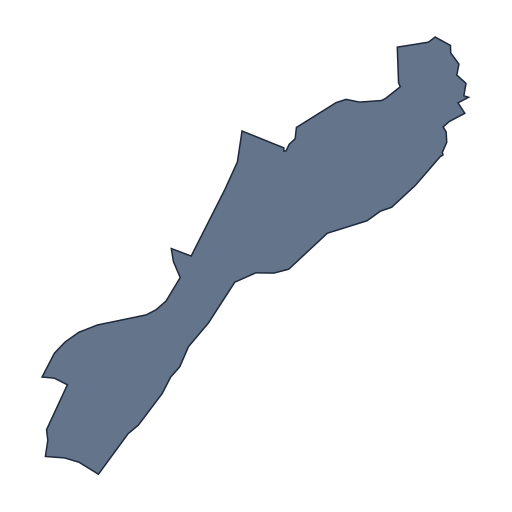 outline of Stillorgan Lea-6, Dún Laoghaire–Rathdown, Ireland, rotated 88°
{"feature_id": "5873133B81162286200234", "entity_name": "Stillorgan Lea-6", "entity_type": "district", "adm_level": 2, "iso_a3": "IRL", "parent_name": "Ireland", "parent_adm1": "Dún Laoghaire–Rathdown", "projection": "albers", "projection_center": [-6.206, 53.285], "detail": "fine", "context": "isolated", "style": "filled", "palette": "slate", "viewbox_px": 512, "rotation_deg": 88, "n_neighbors": 0, "source": "geoboundaries", "source_scale": "gbopen_adm2", "svg_char_len": 1005}
<svg xmlns="http://www.w3.org/2000/svg" viewBox="0 0 512 512"><g transform="rotate(88 256 256)"><path d="M187.9,284.5L253.8,320.8L245.6,340.4L258.8,338.7L274.9,332.5L297.9,347.5L306.3,357.9L311.0,367.8L319.4,416.9L326.0,435.7L335.3,449.8L346.0,460.8L369.5,474.0L371.0,462.0L378.1,449.0L422.3,471.4L432.9,470.5L449.0,473.5L451.1,454.5L455.9,440.2L468.6,421.1L429.2,390.1L420.8,379.4L390.1,354.5L374.0,345.5L364.1,336.1L344.2,326.6L321.2,305.8L281.4,278.1L272.8,256.8L273.7,238.7L270.3,223.7L235.7,183.9L224.7,143.9L215.6,130.2L212.0,118.7L191.0,94.3L163.2,68.5L161.6,65.6L159.0,66.2L149.0,61.4L138.8,61.6L133.5,64.4L128.4,58.3L120.7,42.3L110.0,48.8L104.8,38.0L103.2,42.7L90.8,40.1L82.2,49.0L71.3,46.5L59.9,54.3L52.4,54.3L43.4,69.3L48.3,76.2L52.2,107.5L87.9,107.5L91.9,105.9L103.0,121.0L105.0,125.0L105.8,147.3L102.6,160.5L105.5,170.6L128.9,211.1L140.2,212.8L145.6,219.0L151.9,222.2L152.0,224.6L148.9,224.4L130.6,265.6L161.3,271.3L187.9,284.5Z" fill="#64748b" stroke="#1e293b" stroke-width="1.5"/></g></svg>